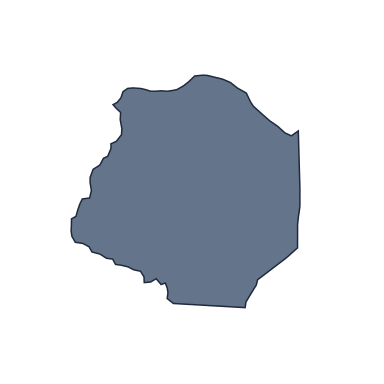 Japurá, Paraná, Brazil, rotated 316°
{"feature_id": "56859067B24068118556484", "entity_name": "Japurá", "entity_type": "district", "adm_level": 2, "iso_a3": "BRA", "parent_name": "Brazil", "parent_adm1": "Paraná", "projection": "mercator", "projection_center": [-52.551, -23.437], "detail": "fine", "context": "isolated", "style": "filled", "palette": "slate", "viewbox_px": 384, "rotation_deg": 316, "n_neighbors": 0, "source": "geoboundaries", "source_scale": "gbopen_adm2", "svg_char_len": 1215}
<svg xmlns="http://www.w3.org/2000/svg" viewBox="0 0 384 384"><g transform="rotate(316 192 192)"><path d="M101.2,259.3L149.9,312.1L154.4,308.6L168.3,304.9L173.6,303.6L178.2,300.7L214.3,304.9L229.1,305.5L245.3,288.8L251.5,283.6L256.1,280.1L259.7,277.2L272.0,264.5L310.9,221.9L302.5,220.6L299.9,214.0L299.3,204.5L297.4,195.0L296.5,184.5L295.7,172.9L296.7,167.8L299.8,158.5L296.9,148.9L295.7,139.9L292.4,132.1L284.1,118.9L281.0,115.5L274.5,110.4L266.2,110.4L259.5,109.7L252.4,107.9L248.6,105.5L244.4,102.5L240.1,97.8L235.5,93.9L232.2,90.7L230.0,86.5L227.1,82.0L222.0,76.3L217.7,72.8L212.0,71.9L206.3,74.9L200.4,75.6L195.9,74.3L195.6,79.4L195.9,85.2L190.6,90.1L185.5,97.8L181.1,101.8L172.7,103.0L167.2,101.0L164.0,104.4L156.1,107.8L151.8,106.2L144.4,108.6L136.7,107.0L128.9,110.7L125.1,114.6L120.7,121.0L114.2,125.2L108.3,120.8L102.8,122.8L97.5,125.5L91.6,128.9L86.7,127.6L82.2,132.1L78.0,136.0L74.8,140.5L73.1,147.1L77.7,153.1L79.9,159.9L78.4,165.7L82.7,172.8L84.4,180.2L88.3,185.2L86.7,191.0L90.0,195.2L93.9,201.3L96.1,207.6L99.9,213.2L98.5,219.7L94.7,224.0L99.7,228.0L106.0,229.5L105.5,237.1L109.6,239.0L107.4,244.0L104.7,247.8L100.1,251.4L101.2,259.3Z" fill="#64748b" stroke="#1e293b" stroke-width="1.5"/></g></svg>